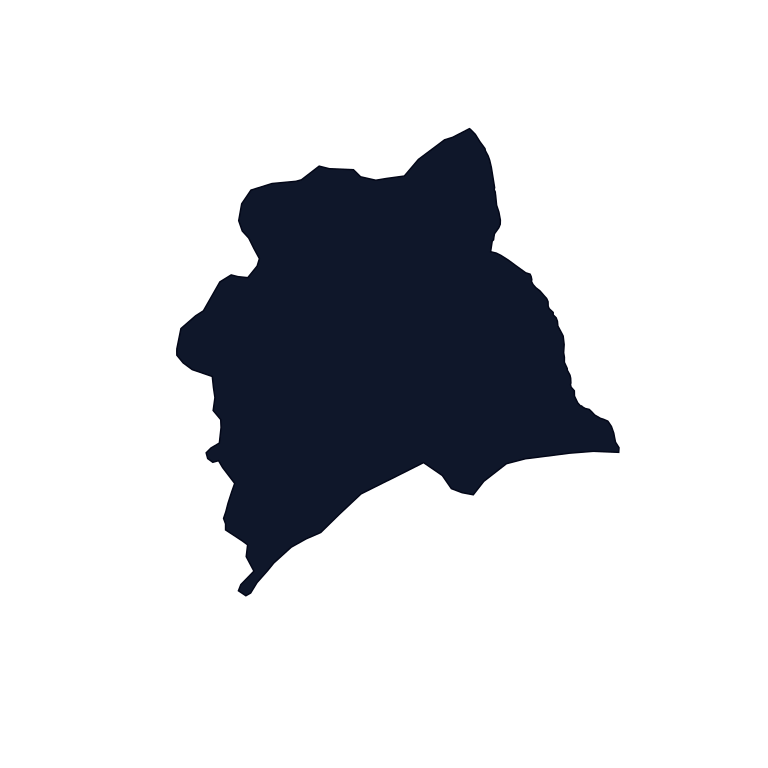 Faro-et-Deo, Adamaoua, Cameroon (orthographic projection), rotated 129°
{"feature_id": "32672807B79440248069412", "entity_name": "Faro-et-Deo", "entity_type": "district", "adm_level": 2, "iso_a3": "CMR", "parent_name": "Cameroon", "parent_adm1": "Adamaoua", "projection": "orthographic", "projection_center": [12.392, 7.524], "detail": "fine", "context": "isolated", "style": "filled", "palette": "ink", "viewbox_px": 768, "rotation_deg": 129, "n_neighbors": 0, "source": "geoboundaries", "source_scale": "gbopen_adm2", "svg_char_len": 2175}
<svg xmlns="http://www.w3.org/2000/svg" viewBox="0 0 768 768"><g transform="rotate(129 384 384)"><path d="M486.9,567.2L488.9,565.7L492.0,563.1L494.0,553.3L493.5,542.1L486.2,522.2L494.0,514.4L501.0,506.8L512.1,500.1L514.4,488.5L520.4,483.2L533.5,474.8L542.6,478.2L549.4,478.9L552.9,474.1L552.6,467.8L547.7,464.3L550.5,456.8L552.7,447.8L555.2,437.5L563.6,434.5L575.0,430.1L582.9,426.5L589.4,424.1L592.4,419.1L597.1,415.3L595.1,395.3L594.8,388.8L604.9,382.4L611.3,367.3L630.0,369.0L636.3,367.0L635.5,358.1L630.4,356.1L618.2,357.7L602.4,357.0L592.5,357.0L569.2,353.4L553.2,347.0L539.2,339.7L513.8,336.8L483.9,332.7L457.9,320.9L456.1,320.0L420.2,303.8L418.4,281.1L422.9,265.8L419.3,254.9L413.9,244.9L396.9,245.2L368.9,238.7L352.9,226.9L350.2,224.2L321.2,196.5L304.5,178.9L289.4,158.6L285.6,161.3L283.5,167.5L280.1,171.6L277.6,174.5L273.9,180.5L272.8,184.0L272.0,186.7L273.3,191.3L274.5,194.3L275.5,200.8L274.9,204.9L274.6,208.5L276.4,212.2L276.9,215.5L276.7,216.6L277.4,217.7L276.7,221.7L273.5,228.4L269.5,231.8L268.7,236.6L267.1,238.7L265.6,239.4L263.7,241.1L262.0,242.6L260.1,245.0L257.9,250.2L256.6,251.4L253.6,257.5L249.7,260.6L246.6,264.1L240.0,268.8L234.0,274.9L233.0,277.1L229.5,285.4L226.1,288.7L224.2,291.9L223.8,296.0L221.9,297.6L221.5,303.1L220.2,305.4L216.8,308.3L215.2,311.4L214.6,315.2L213.5,321.3L213.6,326.8L212.9,330.8L211.5,333.9L209.8,334.9L207.8,337.4L206.7,339.6L208.4,343.9L209.1,356.5L209.5,365.5L210.5,374.2L211.6,379.1L214.1,384.4L204.9,389.8L203.0,389.6L200.6,391.1L197.7,392.7L190.4,393.1L186.7,394.2L183.4,396.7L178.1,402.9L174.2,409.0L167.1,416.0L165.8,417.4L164.8,418.3L163.5,420.8L161.8,421.6L148.1,436.9L143.6,442.7L141.2,446.6L139.8,449.9L138.9,452.0L137.5,453.7L135.3,462.1L132.5,470.2L131.7,477.2L131.8,478.3L149.1,485.9L156.1,490.6L187.8,498.6L209.6,499.1L222.9,511.6L230.8,518.6L237.7,532.6L237.5,534.5L236.7,542.6L251.1,562.0L255.5,571.5L275.7,576.3L277.3,576.7L281.9,580.0L298.7,597.2L317.0,609.4L333.5,608.0L348.5,599.7L354.3,590.4L355.7,581.0L360.5,570.5L365.0,559.7L372.2,556.8L387.1,556.8L392.5,565.1L395.4,571.4L407.9,575.8L440.8,570.4L449.5,573.3L468.7,576.7L486.9,567.2Z" fill="#0f172a" stroke="#020617" stroke-width="1.5"/></g></svg>